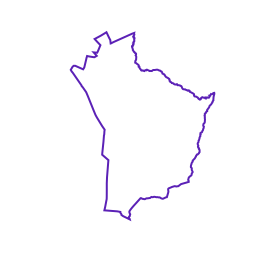 Cherangany, Rift Valley, Kenya (Mercator projection), rotated 216°
{"feature_id": "3690345B16240552911731", "entity_name": "Cherangany", "entity_type": "district", "adm_level": 2, "iso_a3": "KEN", "parent_name": "Kenya", "parent_adm1": "Rift Valley", "projection": "mercator", "projection_center": [35.178, 1.046], "detail": "fine", "context": "isolated", "style": "outline", "palette": "violet", "viewbox_px": 256, "rotation_deg": 216, "n_neighbors": 0, "source": "geoboundaries", "source_scale": "gbopen_adm2", "svg_char_len": 5823}
<svg xmlns="http://www.w3.org/2000/svg" viewBox="0 0 256 256"><g transform="rotate(216 128 128)"><path d="M207.3,180.4L203.9,179.7L199.0,178.8L197.5,172.6L197.2,170.8L198.5,170.0L200.2,169.0L195.7,168.0L196.5,166.1L196.9,165.4L199.8,163.9L201.8,162.9L203.4,162.2L203.1,161.4L202.8,160.4L202.3,159.3L199.0,151.4L198.9,150.8L198.8,149.1L207.3,147.3L208.5,146.4L208.8,145.1L208.8,144.6L208.6,142.6L208.5,141.4L206.5,140.5L206.1,140.5L204.8,140.1L192.0,135.6L190.6,135.1L190.2,134.7L188.3,134.3L187.8,134.1L182.9,132.4L178.9,130.0L166.6,122.3L162.2,119.6L161.0,119.0L159.5,118.3L149.9,114.3L145.9,112.9L145.1,111.4L143.5,108.9L142.9,107.5L142.6,107.1L142.0,106.1L139.8,102.5L134.0,92.5L133.2,91.2L125.0,90.5L116.0,75.8L112.6,70.7L109.1,65.9L104.8,59.9L103.5,58.0L100.2,51.0L98.7,47.5L87.8,54.2L84.9,55.6L84.6,55.1L84.0,54.8L83.5,54.7L82.6,54.3L82.2,53.8L80.3,53.8L72.8,55.1L73.3,55.5L74.3,55.8L74.9,56.2L75.0,56.9L74.8,57.9L75.2,58.5L75.5,59.5L76.5,60.0L77.3,60.6L77.6,60.9L77.9,61.5L77.9,62.1L78.0,63.4L77.9,65.7L77.7,68.2L76.6,78.5L76.3,78.9L74.6,79.2L73.8,79.7L73.2,79.9L72.7,80.2L72.4,80.5L72.2,81.0L71.8,81.8L71.4,82.2L70.6,82.8L69.0,84.4L68.7,85.5L68.5,86.0L67.4,86.5L67.1,86.8L66.8,87.3L66.3,87.8L65.5,88.2L64.3,88.7L63.8,89.2L63.1,89.6L62.7,89.7L62.2,90.0L61.6,90.5L59.8,90.6L59.2,90.8L58.6,91.0L58.2,91.3L57.8,91.8L57.6,92.3L57.4,92.7L56.4,94.4L55.9,94.9L57.4,99.1L57.8,100.1L58.2,100.6L58.8,101.2L59.5,102.0L59.7,102.5L59.6,103.1L58.3,105.2L57.8,106.1L56.3,108.1L55.9,108.5L55.2,108.8L54.7,109.0L54.3,109.3L53.9,109.8L53.5,110.1L53.1,110.5L52.6,112.2L52.1,113.8L51.4,114.7L48.5,118.4L47.2,120.1L48.1,121.1L48.7,121.3L49.0,121.7L49.2,122.4L49.6,123.3L49.7,123.8L49.6,124.4L49.3,125.8L49.0,126.5L48.9,127.0L49.1,127.6L49.7,128.7L49.7,129.6L49.8,130.4L50.2,130.7L51.7,131.5L52.2,132.1L52.7,132.9L53.2,133.1L54.0,133.2L54.5,133.8L55.1,134.9L55.5,136.3L55.8,136.7L55.9,137.4L56.0,137.9L55.9,138.3L55.9,138.8L56.5,139.7L56.4,140.1L56.3,141.4L56.1,142.2L56.1,142.6L56.1,143.2L56.3,143.8L56.3,144.3L56.2,144.8L56.5,145.3L56.6,145.9L56.5,146.5L56.6,147.1L56.2,147.4L56.0,147.8L56.0,148.4L55.8,149.0L55.8,149.5L56.0,149.9L55.9,150.5L57.2,152.3L57.8,152.5L58.2,152.6L58.4,153.1L59.1,153.2L59.4,153.7L60.1,153.7L60.5,154.1L60.8,155.1L61.7,155.6L62.1,155.9L62.5,156.4L62.7,157.0L62.6,157.7L62.8,158.2L63.3,159.0L63.5,159.4L63.4,159.8L63.7,160.7L63.9,161.1L64.0,161.6L64.3,161.9L64.5,162.4L64.7,163.3L64.6,163.7L64.9,164.2L65.4,164.7L65.4,165.4L65.9,165.6L66.4,166.5L66.1,167.0L66.1,167.5L65.8,167.8L65.7,168.3L65.9,168.9L66.1,169.3L66.1,169.8L66.1,170.4L66.6,171.4L66.7,172.2L67.2,173.2L67.4,173.7L68.4,174.0L68.7,174.4L69.3,175.6L69.1,177.3L69.3,177.8L69.9,178.8L70.2,179.2L70.4,179.6L70.7,180.1L71.5,180.9L71.7,181.4L72.2,181.8L72.6,182.3L72.8,182.8L73.4,183.1L73.5,183.8L73.9,184.2L74.2,184.6L74.1,185.3L73.9,185.7L74.2,186.2L74.1,186.7L74.2,187.3L73.8,188.1L74.5,188.9L74.4,189.2L74.6,189.7L74.5,190.2L74.6,190.8L74.5,191.8L74.6,192.7L75.0,193.8L74.9,194.7L74.6,196.0L74.8,197.4L74.7,198.1L75.0,198.5L74.9,198.9L75.0,199.3L75.2,199.6L75.2,200.3L75.2,200.7L75.7,201.2L76.0,201.7L76.2,202.1L76.9,203.2L77.6,204.7L77.9,205.6L78.3,206.5L78.9,207.1L79.3,206.7L79.5,206.4L79.4,205.8L79.7,205.4L79.8,204.9L80.3,204.3L80.8,204.2L80.7,203.6L80.8,203.2L80.6,202.6L81.0,202.2L80.5,202.1L80.6,201.6L80.3,200.6L80.4,200.0L81.3,199.7L81.7,199.4L81.8,198.9L82.1,198.6L82.7,198.6L82.6,198.1L82.4,197.6L83.1,197.4L83.9,197.6L84.3,197.2L84.8,196.9L86.0,196.6L86.2,196.2L86.3,195.8L86.2,195.2L86.6,194.7L86.1,193.9L86.5,193.2L88.0,193.1L88.8,193.3L89.3,193.6L89.8,193.6L90.4,193.5L91.1,193.5L91.8,193.2L92.3,192.9L92.8,192.7L93.5,193.0L93.9,193.3L94.2,193.9L94.6,194.2L95.3,194.2L95.9,194.2L96.4,194.0L96.8,194.1L98.0,193.9L99.2,193.6L99.7,193.9L100.0,194.3L100.5,194.3L101.0,194.1L101.4,193.9L101.4,193.4L101.9,193.2L102.5,193.2L103.4,193.0L103.9,192.8L104.6,192.8L105.0,192.4L106.3,191.8L107.3,192.0L108.4,192.6L109.0,193.1L109.7,193.2L110.4,192.9L110.9,193.0L112.0,192.5L112.6,192.2L113.0,191.8L113.4,191.8L114.2,192.2L114.8,191.3L115.3,191.0L115.9,190.7L116.5,190.6L116.9,190.6L117.4,190.8L118.5,190.4L119.0,190.1L119.6,190.4L120.2,190.4L120.6,190.2L121.1,190.2L121.6,190.6L122.1,190.6L122.3,191.0L122.8,191.3L123.0,191.7L123.5,191.9L124.0,191.8L124.5,192.0L125.7,191.8L126.3,191.8L126.8,191.6L128.1,191.8L128.6,192.1L129.2,192.2L129.5,192.5L129.9,192.6L130.3,192.7L130.7,192.5L132.2,192.3L132.6,192.7L133.1,193.1L133.5,193.2L134.0,193.4L134.4,193.2L134.7,193.3L135.2,193.1L135.6,193.3L136.1,193.2L136.8,192.8L138.2,192.6L139.0,192.1L139.5,191.6L140.5,190.6L141.6,189.8L141.9,189.3L142.1,188.6L142.2,188.1L142.8,187.7L143.9,187.0L144.2,186.7L144.7,186.8L145.9,186.5L146.3,186.4L147.0,186.3L147.3,185.9L147.2,185.3L148.0,184.9L148.2,184.3L148.2,183.7L148.6,183.5L149.2,183.5L149.9,183.3L150.3,183.0L150.4,182.6L151.3,182.4L152.1,182.9L152.7,182.9L153.8,183.3L154.2,183.6L154.5,184.0L154.9,183.8L155.4,183.8L155.7,184.2L155.8,184.7L156.4,185.1L157.9,185.2L159.4,185.2L160.0,185.3L160.6,185.1L160.9,185.6L161.3,186.3L161.5,186.7L161.5,187.4L161.7,188.2L162.1,188.8L162.9,190.1L163.2,190.5L163.8,191.0L164.5,191.2L164.7,191.8L164.7,192.2L164.9,192.6L165.3,192.9L165.9,193.0L166.5,192.8L167.5,193.3L168.1,193.1L168.6,193.4L169.5,193.8L169.9,193.9L170.1,194.3L170.5,194.6L170.9,194.9L171.4,195.3L171.9,195.7L172.5,196.0L172.8,196.5L172.3,196.8L172.4,197.5L172.9,198.2L172.6,198.7L173.2,199.8L173.8,199.8L173.7,200.6L174.1,200.9L174.2,201.3L173.9,201.8L174.4,202.6L174.8,202.9L175.2,203.5L175.2,203.9L175.5,204.5L176.0,204.4L176.3,204.8L176.8,204.5L177.1,204.7L177.6,205.1L177.3,205.7L177.6,206.2L177.7,206.7L177.7,207.2L178.1,207.6L178.4,207.7L178.7,208.0L178.9,208.5L180.1,206.7L190.0,189.4L190.7,188.1L191.4,186.6L191.7,186.2L194.1,188.8L195.8,189.6L201.7,192.8L204.3,186.6L207.3,180.4Z" fill="none" stroke="#5b21b6" stroke-width="2"/></g></svg>